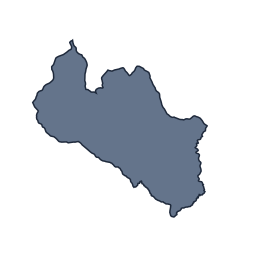 Santiago, Norte de Santander, Colombia (Natural Earth projection), rotated 310°
{"feature_id": "7082276B46652813216763", "entity_name": "Santiago", "entity_type": "district", "adm_level": 2, "iso_a3": "COL", "parent_name": "Colombia", "parent_adm1": "Norte de Santander", "projection": "natural_earth1", "projection_center": [-72.726, 7.887], "detail": "fine", "context": "isolated", "style": "filled", "palette": "slate", "viewbox_px": 256, "rotation_deg": 310, "n_neighbors": 0, "source": "geoboundaries", "source_scale": "gbopen_adm2", "svg_char_len": 5784}
<svg xmlns="http://www.w3.org/2000/svg" viewBox="0 0 256 256"><g transform="rotate(310 128 128)"><path d="M133.1,221.9L133.2,221.1L133.7,220.4L134.0,219.7L134.1,218.9L132.9,216.8L132.8,216.2L132.8,215.9L133.4,215.6L134.4,215.5L134.9,215.1L135.5,213.2L136.2,212.3L137.0,212.2L138.0,212.5L138.9,212.5L141.8,211.8L142.6,211.1L143.4,210.2L144.9,207.8L145.3,207.4L145.7,207.2L146.9,206.9L148.0,206.4L148.3,206.1L148.5,205.5L148.5,204.1L148.6,203.7L149.3,202.3L150.5,201.2L152.1,200.7L153.2,200.1L153.5,199.2L153.5,198.4L152.9,197.1L152.7,196.3L152.8,195.9L153.0,195.7L153.8,195.6L155.3,196.2L155.9,196.2L156.2,195.8L156.5,194.8L156.1,192.8L156.1,192.1L158.7,192.1L159.1,191.8L160.1,190.4L160.3,190.4L160.6,190.5L161.3,191.5L161.7,191.5L162.9,189.2L163.7,189.2L164.0,189.3L165.3,190.4L166.0,190.7L166.9,190.5L167.8,190.0L168.2,190.0L169.4,190.5L169.6,190.3L169.9,189.2L170.2,188.9L173.6,188.4L175.6,189.1L177.6,187.7L178.2,187.5L180.1,187.4L180.6,187.1L180.3,185.2L180.2,183.7L180.4,182.7L181.3,180.3L181.9,177.1L181.4,174.7L180.6,172.9L180.3,171.6L180.0,171.1L179.5,170.7L178.9,170.4L176.6,170.1L174.5,169.6L174.0,169.0L172.9,167.2L172.1,166.4L170.1,165.5L169.8,165.1L169.6,164.5L168.3,162.8L167.8,162.0L166.5,158.1L166.1,157.1L166.0,156.3L164.9,155.4L164.4,154.7L164.0,152.9L164.1,150.3L163.9,149.0L164.0,148.4L164.7,146.8L165.9,143.8L166.3,141.6L166.9,140.2L167.7,138.7L168.6,137.6L169.8,135.9L171.8,132.7L173.5,131.1L174.3,130.3L174.8,128.7L174.6,126.2L174.8,125.4L175.2,124.3L176.1,123.2L177.4,119.1L178.7,116.8L180.6,112.4L181.2,112.1L182.0,111.5L183.5,109.0L183.9,108.2L183.7,106.8L183.0,103.7L183.0,102.6L183.3,102.3L183.5,101.6L182.5,97.0L181.2,95.3L180.9,95.2L178.9,95.3L177.0,96.0L175.1,96.2L173.7,95.9L172.9,95.8L171.4,96.1L169.5,95.7L169.1,95.4L169.0,95.1L169.1,94.6L169.8,91.7L170.0,89.3L170.8,87.4L171.1,85.9L170.6,85.1L168.5,83.7L167.7,83.4L163.8,80.4L161.3,79.2L159.7,76.3L159.5,75.4L157.3,75.5L152.2,75.3L149.8,75.4L148.7,76.2L148.0,77.3L145.9,80.0L144.3,80.6L143.5,81.7L143.1,82.8L142.9,82.9L142.4,82.9L141.7,82.1L141.2,81.2L140.1,80.2L139.5,79.7L137.3,78.9L135.9,79.1L135.3,79.5L134.7,80.3L134.3,81.1L133.9,79.2L133.1,78.1L132.3,77.4L132.0,76.8L131.8,76.2L131.9,75.0L131.6,73.4L131.7,72.7L130.5,70.9L132.5,68.2L134.3,67.3L135.4,66.2L136.4,64.5L138.1,63.2L141.4,60.6L142.2,60.1L143.6,59.5L146.1,58.0L149.5,56.6L150.4,55.8L151.6,54.2L152.5,52.4L153.2,50.6L153.4,49.6L153.3,48.2L153.3,47.7L154.3,45.6L154.3,45.4L153.7,44.4L153.5,43.3L153.2,42.3L153.4,39.9L154.0,38.6L154.4,38.2L155.5,37.3L156.0,36.7L156.2,36.0L156.2,34.4L156.6,33.1L158.0,30.9L159.6,29.1L158.8,29.0L158.2,28.5L156.6,28.3L156.2,28.3L155.9,28.6L154.3,32.2L153.3,33.2L151.8,33.8L151.3,33.7L149.8,32.9L146.4,32.3L142.7,31.3L138.5,28.9L136.6,28.1L135.6,27.8L134.8,27.9L128.8,30.2L126.3,30.1L125.8,30.2L123.8,32.1L123.6,32.8L123.3,33.6L122.6,34.8L121.5,36.2L118.8,38.7L117.8,39.3L116.7,39.6L114.9,39.5L112.0,39.0L108.7,37.4L106.7,37.0L105.5,37.0L102.6,37.9L101.7,37.9L101.3,37.8L99.9,36.9L98.7,36.3L96.4,36.2L95.2,36.8L94.6,37.2L92.7,37.7L91.4,38.3L90.2,38.6L88.4,38.5L86.3,38.6L84.2,42.9L83.8,46.0L83.6,47.6L83.5,48.0L83.2,48.3L82.4,48.7L80.9,48.9L79.8,49.3L79.1,49.7L78.4,50.2L78.2,50.6L77.1,51.3L76.2,52.4L75.8,54.1L74.8,55.4L74.5,56.2L74.5,56.8L75.1,58.4L75.2,59.5L75.1,59.9L74.0,61.5L73.9,62.2L74.3,63.0L74.3,63.5L74.1,64.7L72.4,67.5L72.2,68.9L72.3,71.3L72.1,73.6L72.3,74.2L73.7,76.9L73.8,79.0L73.7,80.7L73.4,82.6L73.3,83.7L73.6,84.6L74.6,86.3L76.8,88.7L77.8,89.8L78.2,91.7L82.2,95.3L83.3,96.7L84.8,97.8L85.8,98.8L85.8,99.7L86.0,100.2L86.0,101.6L85.9,102.5L85.6,103.7L85.6,109.8L85.5,114.6L85.6,116.5L86.2,118.5L86.2,119.1L86.1,119.8L85.4,121.5L85.4,122.5L85.7,123.2L86.5,124.2L86.5,124.4L86.2,126.5L86.2,128.0L86.6,129.8L87.7,131.6L87.9,132.4L88.6,133.7L90.1,136.3L90.2,137.3L90.6,138.1L90.6,138.6L90.4,139.2L90.5,140.0L90.0,142.5L90.3,143.8L91.2,144.6L91.4,145.1L91.8,145.6L91.7,147.0L91.9,147.6L91.9,148.0L91.2,149.6L91.1,150.3L90.9,151.1L90.6,151.7L89.8,152.7L89.3,153.8L89.5,156.3L90.0,157.3L89.8,157.7L89.7,158.5L89.8,159.0L89.8,159.9L90.2,161.3L90.1,162.9L89.0,164.1L88.6,164.8L88.3,166.5L88.0,167.3L86.6,169.4L86.4,170.6L86.8,170.6L87.3,171.4L88.1,171.9L90.5,172.1L91.5,171.4L91.9,171.3L92.2,171.3L92.4,171.8L93.0,172.3L93.4,172.3L94.0,171.8L94.5,171.7L95.0,171.8L95.7,172.3L95.1,172.6L95.0,173.0L95.0,173.3L95.3,173.5L94.7,174.0L94.4,174.6L94.7,175.2L94.7,176.0L94.6,176.6L94.1,177.2L94.4,177.7L94.0,179.3L94.3,179.7L94.2,180.7L94.4,182.0L93.9,182.8L93.8,183.8L93.6,184.4L93.6,184.8L93.3,184.9L92.7,186.3L92.2,186.9L92.1,188.5L91.8,188.9L91.3,189.1L91.2,189.3L91.2,189.7L91.4,190.0L91.5,190.4L91.7,190.8L91.8,192.2L91.3,194.9L91.6,195.7L91.6,196.6L91.8,197.2L91.9,197.8L92.4,198.6L92.7,200.8L93.1,201.5L94.0,202.3L93.9,203.4L94.1,204.1L94.3,205.9L95.5,207.5L96.5,209.8L96.1,210.6L94.1,211.9L91.8,213.2L90.2,214.3L88.3,217.1L88.3,218.3L89.3,220.3L89.9,220.6L91.9,220.7L92.8,221.1L93.1,221.1L93.6,220.7L93.9,219.9L94.7,219.5L95.3,219.8L96.0,219.7L96.7,220.2L97.4,220.4L98.0,220.9L100.0,220.9L100.6,220.5L101.8,221.1L102.2,221.5L102.6,222.2L103.9,222.7L104.8,223.4L106.0,224.7L106.6,224.8L107.7,226.0L108.2,226.3L109.4,226.2L109.9,226.4L110.2,226.7L110.5,226.8L111.2,226.5L111.8,226.1L112.1,226.1L112.2,226.3L113.2,226.4L113.5,225.9L113.8,225.9L115.4,226.7L116.1,226.8L117.3,226.4L117.7,225.9L118.0,225.8L118.5,225.9L119.5,226.6L119.8,226.7L120.1,226.4L120.0,225.7L121.6,225.8L122.2,226.4L122.3,226.3L122.6,225.5L122.8,225.3L123.1,225.6L123.1,226.3L123.2,226.7L123.7,227.0L124.4,227.8L124.7,227.9L125.8,227.7L126.0,227.8L126.2,228.0L126.6,228.0L127.0,228.2L128.8,227.8L128.8,227.1L128.7,226.6L128.8,226.3L129.0,226.2L129.8,226.2L130.0,226.1L130.9,224.4L131.2,224.3L131.4,223.8L131.9,223.3L132.2,222.0L132.4,221.8L132.6,221.7L133.1,221.9Z" fill="#64748b" stroke="#1e293b" stroke-width="1.5"/></g></svg>